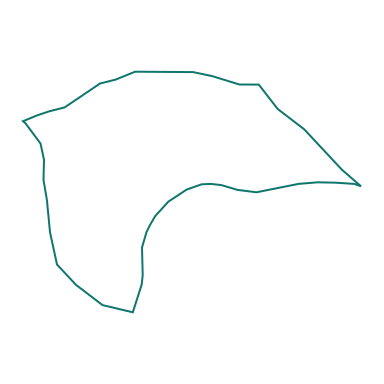 the district of Kowon, Hamgyŏng-namdo, North Korea
{"feature_id": "82179303B22851132027505", "entity_name": "Kowon", "entity_type": "district", "adm_level": 2, "iso_a3": "PRK", "parent_name": "North Korea", "parent_adm1": "Hamgyŏng-namdo", "projection": "robinson", "projection_center": [127.128, 39.407], "detail": "fine", "context": "isolated", "style": "outline", "palette": "teal", "viewbox_px": 384, "rotation_deg": 0, "n_neighbors": 0, "source": "geoboundaries", "source_scale": "gbopen_adm2", "svg_char_len": 657}
<svg xmlns="http://www.w3.org/2000/svg" viewBox="0 0 384 384"><path d="M361.0,186.3L342.0,169.8L319.3,145.5L304.2,129.3L277.6,108.9L258.8,84.6L239.4,84.5L212.5,76.2L193.2,72.1L166.1,71.9L135.1,71.7L115.6,79.6L100.0,83.5L88.2,91.5L64.6,107.4L49.0,111.4L37.3,115.3L23.0,121.2L25.5,123.3L40.5,143.5L44.0,159.7L43.5,179.8L46.9,200.0L50.0,232.2L57.0,264.5L75.9,284.8L102.5,305.1L132.8,312.3L141.7,284.5L142.7,275.2L142.0,247.5L146.6,231.8L150.3,224.5L155.2,216.1L168.4,201.6L186.8,189.5L201.7,184.3L210.9,183.9L221.4,185.1L237.6,189.9L256.4,192.3L298.5,183.9L317.7,182.3L335.8,182.7L354.2,183.9L361.0,186.3Z" fill="none" stroke="#0f766e" stroke-width="2"/></svg>